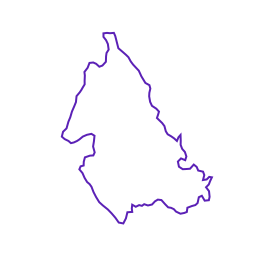 the district of Santa Cruz da Esperança, São Paulo, Brazil, rotated 163°
{"feature_id": "56859067B44664335204438", "entity_name": "Santa Cruz da Esperança", "entity_type": "district", "adm_level": 2, "iso_a3": "BRA", "parent_name": "Brazil", "parent_adm1": "São Paulo", "projection": "equal_earth", "projection_center": [-47.445, -21.286], "detail": "fine", "context": "isolated", "style": "outline", "palette": "violet", "viewbox_px": 256, "rotation_deg": 163, "n_neighbors": 0, "source": "geoboundaries", "source_scale": "gbopen_adm2", "svg_char_len": 1887}
<svg xmlns="http://www.w3.org/2000/svg" viewBox="0 0 256 256"><g transform="rotate(163 128 128)"><path d="M75.9,36.1L71.8,35.3L70.1,38.3L69.0,43.9L70.7,48.5L67.2,50.4L65.1,53.1L62.2,56.3L64.6,57.5L67.8,55.8L71.5,56.3L68.8,60.7L69.0,64.3L73.3,66.8L73.7,70.7L75.8,73.8L80.6,70.9L84.5,71.8L87.7,72.6L90.6,76.1L90.1,81.3L86.2,83.4L82.7,80.5L80.5,83.7L80.6,88.4L82.3,92.2L82.6,96.5L81.3,100.4L79.8,106.0L82.4,104.4L85.0,101.3L87.0,104.7L89.2,107.5L91.9,110.4L92.8,113.8L92.6,119.2L93.9,122.8L97.4,129.1L95.3,132.0L93.6,134.6L95.3,138.2L98.6,142.2L99.2,146.5L98.5,152.1L97.3,155.4L95.1,159.2L95.0,162.7L98.2,166.0L100.1,173.5L100.9,179.6L103.2,184.3L104.6,187.2L105.9,190.8L106.9,195.6L108.6,198.7L111.4,203.2L113.9,207.1L113.3,219.7L113.7,223.1L117.5,223.9L120.3,225.1L123.8,225.7L124.8,222.3L123.3,218.4L122.7,214.2L123.6,208.6L126.6,206.0L128.0,203.0L129.8,197.8L134.2,195.2L137.5,195.0L139.7,198.7L142.1,200.8L145.8,201.5L149.0,197.4L153.3,194.3L153.9,190.9L155.6,186.1L156.7,182.4L159.3,180.1L161.4,178.1L163.6,176.3L167.9,173.5L170.2,168.0L173.3,164.2L176.8,160.1L180.1,155.1L183.1,151.5L186.9,145.6L191.2,143.4L193.8,139.1L191.8,135.9L188.7,133.0L187.0,130.2L184.1,130.0L180.5,130.5L177.8,131.3L173.7,133.0L169.3,133.5L164.7,133.1L162.3,130.4L164.4,125.4L166.8,120.5L167.0,114.4L169.2,111.9L172.5,112.7L177.8,112.5L180.2,108.6L181.4,105.1L184.5,105.2L186.6,102.7L184.7,98.2L184.1,93.0L182.9,88.3L181.1,85.5L180.1,82.4L179.7,76.8L178.7,71.3L177.2,65.5L174.7,61.3L171.1,56.0L168.6,51.1L166.3,45.8L164.5,40.3L160.4,38.1L156.4,42.2L153.2,47.6L148.5,46.5L147.9,49.9L146.4,53.4L143.6,50.4L139.9,51.0L137.4,49.5L134.8,50.4L131.6,48.1L127.4,47.8L123.6,50.0L120.4,50.8L117.1,49.3L114.8,44.3L112.8,40.4L110.2,39.1L107.9,37.0L106.5,34.0L102.9,30.7L99.0,30.3L96.3,30.5L94.5,34.4L89.6,34.7L86.1,34.6L83.4,35.9L80.5,41.1L77.2,41.6L75.9,36.1Z" fill="none" stroke="#5b21b6" stroke-width="2"/></g></svg>